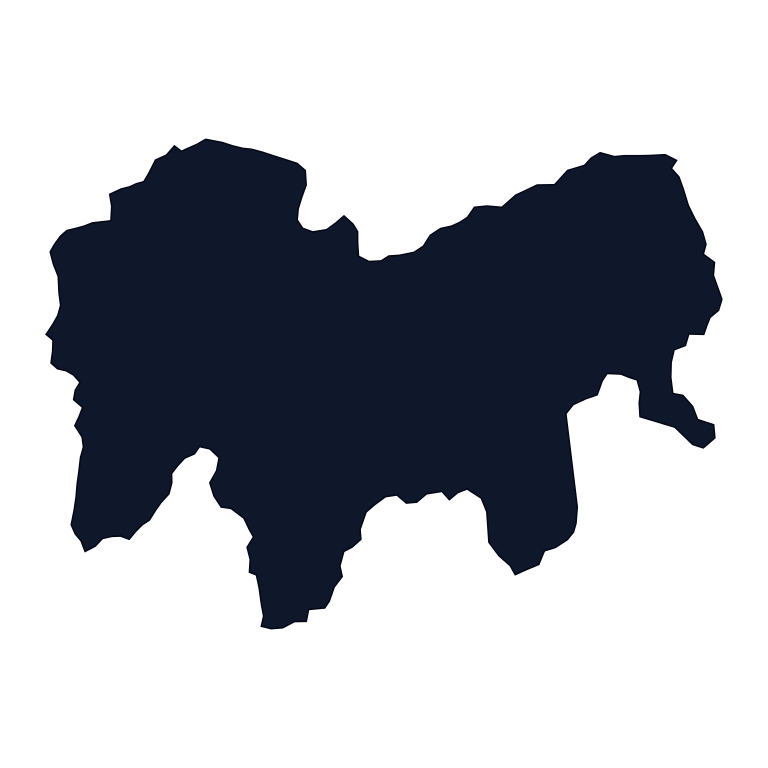 outline of Sapucaí-Mirim, Minas Gerais, Brazil
{"feature_id": "56859067B63918846454231", "entity_name": "Sapucaí-Mirim", "entity_type": "district", "adm_level": 2, "iso_a3": "BRA", "parent_name": "Brazil", "parent_adm1": "Minas Gerais", "projection": "natural_earth1", "projection_center": [-45.854, -22.796], "detail": "fine", "context": "isolated", "style": "filled", "palette": "ink", "viewbox_px": 768, "rotation_deg": 0, "n_neighbors": 0, "source": "geoboundaries", "source_scale": "gbopen_adm2", "svg_char_len": 2721}
<svg xmlns="http://www.w3.org/2000/svg" viewBox="0 0 768 768"><path d="M85.1,551.5L95.2,546.2L102.5,538.5L111.8,536.4L120.6,536.1L129.2,539.3L135.6,531.5L142.1,524.9L149.4,520.1L155.8,509.9L160.9,502.7L168.9,493.9L171.8,482.8L171.6,473.5L177.4,466.0L184.7,458.1L194.5,453.8L199.5,446.6L209.8,448.9L219.1,457.7L216.6,470.7L209.8,482.8L213.9,495.9L221.2,507.1L231.0,508.4L243.9,518.2L249.1,529.1L253.5,537.0L247.1,547.2L250.2,559.6L249.4,572.2L256.4,575.0L259.2,588.2L261.3,603.7L263.6,616.1L261.3,626.3L271.1,628.7L282.7,627.8L294.4,621.6L306.3,621.4L308.6,609.5L324.7,608.0L329.3,601.2L334.2,587.1L342.2,576.5L339.9,566.0L343.8,551.5L352.3,547.0L360.9,539.3L360.1,529.3L366.1,512.1L374.3,505.0L385.5,496.7L396.9,495.0L406.3,503.1L416.7,502.2L426.5,493.9L442.0,491.4L449.3,499.7L457.8,492.6L467.1,489.0L481.3,498.2L486.8,511.8L488.9,542.3L499.0,555.8L510.3,565.8L515.2,574.7L526.9,569.4L538.8,564.5L544.4,550.9L555.3,547.5L567.2,539.8L573.5,532.1L576.0,523.4L577.3,507.1L565.9,413.7L573.2,404.6L585.7,398.8L597.2,394.8L602.2,380.9L607.1,373.5L621.0,374.1L629.5,377.5L637.1,379.9L640.4,391.8L639.2,402.9L640.0,416.7L674.8,427.2L692.7,444.5L703.3,447.9L714.9,437.9L713.7,424.8L697.6,419.5L692.7,406.5L682.9,395.4L672.8,393.5L670.8,377.3L671.2,362.4L674.1,349.8L685.4,345.5L688.8,334.0L703.8,334.4L706.9,325.3L710.1,317.4L718.6,310.3L721.9,299.2L713.4,275.4L714.5,262.4L703.3,254.2L706.0,244.2L702.5,231.9L694.8,218.6L688.3,205.4L683.4,189.4L679.0,177.0L671.3,168.3L676.6,160.4L665.1,154.7L649.0,155.5L638.9,155.7L624.2,155.7L614.4,156.6L600.1,152.7L591.1,158.1L584.6,165.3L567.5,170.5L554.6,184.7L537.1,185.0L515.6,195.2L501.9,207.3L486.9,206.0L474.4,207.3L467.4,217.4L459.9,222.3L451.6,226.1L440.6,228.5L430.2,235.3L423.4,246.1L414.1,252.3L399.4,255.3L388.8,256.0L381.1,260.9L368.9,261.5L358.5,256.2L357.7,243.0L357.6,231.6L353.1,224.2L344.0,215.9L335.4,223.3L326.5,229.7L312.7,231.9L302.6,228.2L297.2,219.9L298.2,208.8L301.8,197.1L306.2,185.0L305.3,170.5L297.2,163.4L284.8,159.4L272.6,155.5L262.8,152.3L251.9,149.3L242.6,148.3L232.8,145.9L222.2,142.5L214.5,141.0L205.7,139.3L196.8,144.4L188.6,148.0L181.4,151.3L174.4,145.9L166.4,155.1L155.5,160.0L148.7,173.4L143.8,181.7L136.4,183.7L129.4,186.9L121.0,189.0L109.7,194.3L111.7,206.3L110.9,220.8L101.6,221.8L92.3,222.9L84.1,226.1L75.3,228.5L66.7,230.6L60.3,236.3L54.3,244.6L50.2,251.9L53.3,263.9L58.2,276.4L59.0,292.8L60.6,305.4L57.8,315.5L52.9,324.2L46.1,334.4L53.0,340.2L52.6,351.3L51.0,363.0L57.5,368.8L66.0,370.7L73.6,375.1L80.0,382.4L75.3,390.1L73.6,399.7L82.6,407.4L78.9,417.0L74.8,425.7L82.1,437.0L83.4,447.0L80.5,457.5L78.9,471.3L77.2,483.7L76.1,496.7L74.1,510.3L71.2,524.9L75.3,534.0L81.0,540.8L85.1,551.5Z" fill="#0f172a" stroke="#020617" stroke-width="1.5"/></svg>